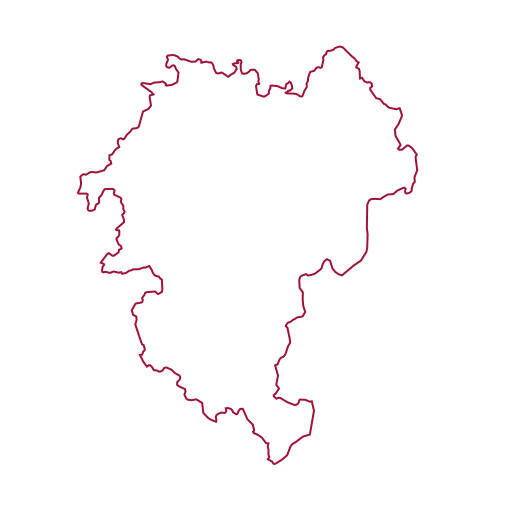 an SVG outline of Thüringen, rotated 84°
{"feature_id": "DEU-1577", "entity_name": "Thüringen", "entity_type": "State", "adm_level": 1, "iso_a3": "DEU", "parent_name": "Germany", "parent_adm1": "", "projection": "albers", "projection_center": [10.909, 50.922], "detail": "fine", "context": "isolated", "style": "outline", "palette": "rose", "viewbox_px": 512, "rotation_deg": 84, "n_neighbors": 0, "source": "natural_earth", "source_scale": "10m", "svg_char_len": 5975}
<svg xmlns="http://www.w3.org/2000/svg" viewBox="0 0 512 512"><g transform="rotate(84 256 256)"><path d="M60.2,164.3L59.5,163.1L59.7,160.9L59.0,157.5L57.4,155.6L56.5,151.6L56.5,150.6L57.6,147.9L68.0,139.3L69.8,137.3L72.8,135.6L74.3,133.7L78.3,136.6L79.0,136.5L80.7,134.0L82.9,133.6L90.3,134.0L89.9,131.9L93.7,129.8L95.2,127.0L94.9,125.5L95.2,124.5L96.4,123.0L99.4,122.7L100.7,124.8L102.7,125.0L111.5,120.0L113.1,116.2L118.1,112.9L119.0,111.1L121.4,109.3L122.5,107.9L124.8,100.8L124.0,98.5L124.1,97.6L131.0,96.1L132.4,96.4L139.5,100.3L144.7,104.7L151.1,104.7L160.2,100.7L161.0,100.8L164.1,103.6L165.3,102.5L165.5,99.6L161.8,94.1L162.1,92.7L164.7,89.7L171.9,85.5L174.3,87.0L187.6,86.7L194.3,90.2L198.7,90.3L200.6,92.2L205.5,94.2L207.4,94.3L208.6,95.7L209.4,97.7L209.6,99.9L209.0,100.7L207.6,101.1L204.7,100.1L203.6,101.3L203.7,102.7L205.8,108.8L208.8,112.9L208.6,118.4L210.9,123.7L212.5,126.3L211.6,131.7L211.5,135.5L212.7,137.8L216.6,140.0L239.7,142.8L246.0,142.7L259.8,144.6L263.6,145.9L271.5,152.1L275.6,159.7L284.2,172.5L283.0,175.4L279.9,179.1L276.1,181.3L268.5,182.8L266.6,185.8L268.3,188.6L271.7,190.8L274.9,192.0L276.4,193.7L279.7,199.2L280.6,203.0L280.8,206.5L279.2,208.1L280.3,212.5L281.7,214.4L284.2,215.5L292.4,215.9L297.0,213.2L303.9,214.1L310.8,214.2L316.8,212.9L320.7,215.8L321.1,216.9L321.4,221.6L322.7,223.9L323.2,225.6L324.9,228.2L325.8,231.4L327.8,233.3L328.9,233.7L330.8,232.2L344.2,230.9L346.0,231.2L349.3,233.7L356.6,236.9L358.9,239.0L359.8,241.7L361.2,243.3L366.1,245.9L366.5,248.0L366.9,248.4L377.3,246.6L386.0,249.3L390.2,247.0L395.0,250.9L396.1,252.9L397.4,253.0L400.0,250.7L399.4,248.7L399.7,246.7L404.8,239.9L408.2,233.3L408.2,231.6L407.5,230.1L406.2,228.9L403.8,227.9L403.4,227.1L404.1,222.2L406.6,217.5L406.3,215.7L415.9,214.5L439.2,221.1L440.5,228.2L445.3,236.1L446.9,239.7L449.0,241.6L457.5,245.9L461.3,251.5L464.6,258.3L464.6,260.1L462.1,261.6L459.3,265.5L457.3,263.8L454.9,264.4L450.0,263.8L446.7,264.3L443.7,263.2L443.1,265.6L437.1,269.2L434.0,273.0L431.5,277.1L430.5,277.2L430.4,276.7L428.8,276.1L423.4,276.8L417.5,281.6L406.6,285.1L406.4,287.6L408.3,289.6L410.8,290.6L411.4,292.0L409.0,295.2L407.0,295.7L405.4,297.1L404.3,299.8L404.3,302.0L406.9,301.7L408.5,302.8L408.8,303.6L408.1,306.9L409.1,310.3L410.2,312.0L411.8,312.8L415.3,312.6L416.7,313.2L413.7,318.6L412.0,320.6L406.5,324.8L396.5,324.9L392.3,330.4L392.7,335.2L391.7,338.9L390.5,340.3L386.4,341.7L383.2,340.2L380.8,340.7L377.5,346.4L375.9,347.9L373.3,347.6L371.2,345.0L370.1,344.4L368.7,344.0L366.9,344.6L363.8,349.1L360.3,351.9L357.7,356.3L357.5,357.5L357.8,359.0L360.0,360.8L360.8,362.5L360.9,364.6L359.3,366.8L358.9,369.5L355.4,371.1L353.7,372.6L353.4,374.0L354.6,376.0L349.6,379.0L342.3,381.8L342.2,379.5L339.3,378.2L338.1,376.6L336.3,376.4L332.7,377.1L332.1,378.4L329.5,379.2L311.5,383.2L307.0,381.4L303.7,381.4L301.6,384.4L297.0,385.2L291.1,381.0L290.7,380.4L290.3,374.9L289.5,373.7L287.8,373.2L286.0,373.7L282.5,370.7L281.0,370.1L280.5,367.9L280.8,359.9L283.1,358.1L283.6,357.1L281.8,353.3L279.3,352.6L269.6,352.1L268.2,353.8L266.3,354.8L265.0,358.4L261.9,360.4L259.0,361.1L254.8,363.2L256.0,367.0L255.7,368.8L256.9,373.9L256.4,379.7L257.2,381.4L257.4,383.7L259.2,386.8L259.7,390.3L259.5,391.0L258.0,391.6L258.2,394.4L256.5,399.3L257.6,403.1L256.0,407.1L256.3,409.4L256.0,410.3L254.3,410.7L250.8,409.7L248.7,407.9L247.9,408.3L246.4,411.1L238.9,404.1L237.7,402.2L240.7,398.8L240.9,397.4L238.0,392.3L235.5,391.6L234.7,389.2L234.2,388.8L232.0,389.3L230.1,391.4L224.6,393.0L223.4,392.6L222.7,391.3L220.8,389.8L216.7,389.3L216.1,389.6L215.8,391.7L215.2,392.5L213.7,391.2L208.5,383.6L206.1,383.5L201.2,384.8L199.2,382.4L198.0,382.0L195.7,383.1L192.2,382.7L188.1,384.8L185.0,383.9L183.5,385.1L180.2,390.6L179.2,390.9L176.1,389.8L174.8,390.7L174.2,392.1L173.7,399.2L174.9,400.6L179.0,403.1L181.9,406.2L186.4,406.4L187.3,407.2L187.8,409.0L188.6,409.9L192.9,411.6L193.8,414.5L193.6,417.2L192.7,418.2L191.0,418.5L186.4,416.8L180.3,418.0L177.3,416.9L176.2,418.2L175.4,425.8L174.5,426.5L169.3,423.4L165.6,422.4L158.7,422.4L156.8,419.7L156.7,418.5L157.3,417.1L157.2,416.2L155.3,412.1L155.2,411.2L156.2,406.1L154.9,398.1L151.0,394.8L149.0,390.3L146.4,390.6L145.0,391.8L140.6,391.3L139.9,388.6L135.9,385.1L134.6,383.3L133.4,380.6L129.6,381.6L126.7,381.3L125.5,380.4L124.7,378.2L126.0,376.2L126.2,375.7L125.8,374.9L121.8,371.6L119.1,368.0L117.0,366.2L116.4,365.0L116.4,361.7L115.8,359.8L115.0,359.0L100.5,353.3L98.5,347.6L95.4,344.7L86.6,345.2L85.2,344.7L84.6,341.1L82.1,342.9L73.8,352.1L72.6,351.9L72.2,351.3L72.3,349.7L74.1,343.0L72.9,339.3L73.1,333.5L72.6,330.8L74.6,328.1L75.5,327.6L76.7,327.9L77.2,326.9L76.9,321.4L75.3,317.2L74.4,316.0L65.5,313.9L61.4,316.1L58.4,317.0L57.8,318.0L57.8,319.3L59.8,322.5L58.8,324.8L57.8,325.4L55.8,325.2L51.5,322.9L48.7,323.9L47.5,323.0L47.4,318.2L47.9,315.8L49.7,312.8L51.4,311.6L52.8,309.8L52.8,307.0L56.0,300.3L56.4,295.9L54.2,292.8L55.0,290.6L56.9,289.9L57.9,290.3L58.1,289.8L57.5,285.1L58.7,281.9L58.7,280.6L59.9,279.4L62.2,278.5L65.2,278.2L69.8,276.5L70.3,275.6L70.4,273.3L69.9,271.4L70.3,270.4L74.9,264.8L73.2,262.4L71.5,258.5L67.9,255.6L65.8,256.0L63.7,258.7L62.7,259.0L62.1,257.1L62.3,254.3L62.1,253.5L61.7,253.3L60.5,254.5L59.5,254.1L59.3,253.3L59.6,251.1L60.0,250.5L61.8,250.1L63.4,251.1L68.6,251.7L72.9,250.8L73.6,248.9L73.2,245.9L71.7,243.3L70.7,242.4L70.3,241.0L70.7,237.7L74.5,235.1L80.9,234.8L82.5,235.5L85.0,234.7L85.4,235.5L85.2,237.1L86.8,238.2L95.5,237.8L98.2,232.0L98.3,231.2L97.7,229.5L95.9,226.3L92.8,225.8L91.0,224.3L88.3,223.8L88.1,222.9L89.1,217.6L89.9,215.7L91.9,212.5L92.5,209.4L88.2,207.9L87.3,205.7L86.1,204.4L87.3,203.3L90.7,202.4L93.2,202.4L95.0,204.8L95.0,206.7L96.2,207.8L96.6,209.4L96.9,209.3L97.5,208.3L98.5,201.0L99.3,198.6L101.6,195.8L102.2,194.2L101.8,193.1L96.8,190.6L93.3,187.8L89.6,187.6L87.4,186.1L84.2,185.5L79.0,183.2L78.5,182.5L77.9,178.7L75.6,176.8L74.8,175.3L74.8,174.1L75.6,172.2L75.0,170.8L68.0,168.5L65.3,168.5L63.6,167.1L62.5,165.1L60.2,164.3Z" fill="none" stroke="#9f1239" stroke-width="2"/></g></svg>